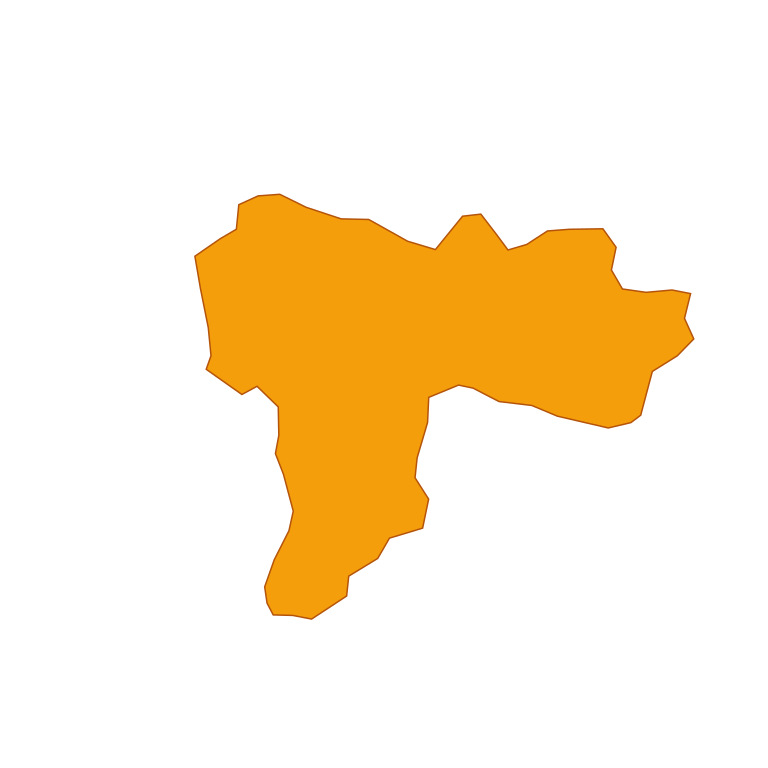 the district of Lessebo, Kronoberg, Sweden, rotated 35°
{"feature_id": "70781695B14820024771032", "entity_name": "Lessebo", "entity_type": "district", "adm_level": 2, "iso_a3": "SWE", "parent_name": "Sweden", "parent_adm1": "Kronoberg", "projection": "albers", "projection_center": [15.351, 56.783], "detail": "fine", "context": "isolated", "style": "filled", "palette": "amber", "viewbox_px": 768, "rotation_deg": 35, "n_neighbors": 0, "source": "geoboundaries", "source_scale": "gbopen_adm2", "svg_char_len": 998}
<svg xmlns="http://www.w3.org/2000/svg" viewBox="0 0 768 768"><g transform="rotate(35 384 384)"><path d="M610.4,257.5L596.6,219.8L608.1,192.6L611.9,169.4L592.5,157.9L583.3,134.1L566.0,141.8L546.1,158.6L524.8,169.4L504.9,160.2L495.7,138.9L474.3,131.3L446.9,151.1L430.1,164.9L420.9,187.8L408.7,203.1L390.4,197.0L365.9,189.3L352.1,201.5L349.0,244.4L321.5,253.5L277.1,258.0L274.1,260.0L254.2,273.3L218.9,283.9L189.8,288.4L173.0,302.1L162.2,320.4L174.3,341.9L166.6,358.7L155.8,387.8L178.7,410.9L207.7,438.6L226.1,460.1L229.9,473.9L242.9,474.0L273.6,474.1L281.3,458.7L310.5,463.4L327.3,486.4L335.0,503.3L353.4,515.6L382.6,540.2L390.3,558.7L394.9,590.9L402.6,618.6L413.9,630.6L425.7,636.7L442.0,625.9L459.5,618.1L475.0,579.1L465.3,561.6L478.9,530.5L476.9,507.1L498.3,479.9L486.6,452.7L463.2,443.0L453.5,425.5L441.8,390.6L428.3,369.3L445.7,342.1L459.3,336.3L488.3,332.4L517.4,316.8L544.5,310.9L592.9,291.4L608.4,274.0L612.2,262.3L610.4,257.5Z" fill="#f59e0b" stroke="#b45309" stroke-width="1.5"/></g></svg>